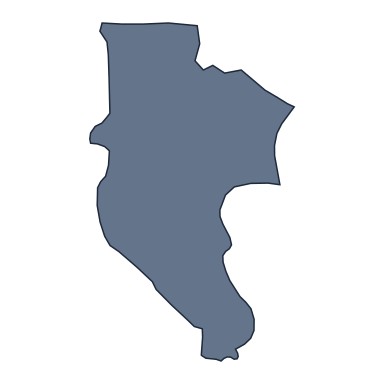 the state/province of Trebinje
{"feature_id": "BIH-4808", "entity_name": "Trebinje", "entity_type": "state/province", "adm_level": 1, "iso_a3": "BIH", "parent_name": "Bosnia and Herzegovina", "parent_adm1": "", "projection": "equal_earth", "projection_center": [18.312, 43.002], "detail": "fine", "context": "isolated", "style": "filled", "palette": "slate", "viewbox_px": 384, "rotation_deg": 0, "n_neighbors": 0, "source": "natural_earth", "source_scale": "10m", "svg_char_len": 1314}
<svg xmlns="http://www.w3.org/2000/svg" viewBox="0 0 384 384"><path d="M221.1,361.0L216.3,359.3L205.8,358.2L201.5,355.4L201.3,355.1L202.6,337.2L202.3,328.8L194.3,326.5L185.9,318.4L171.7,305.2L156.1,289.4L154.9,286.9L152.4,281.7L144.0,273.8L137.3,267.5L118.9,251.6L110.3,245.7L110.1,245.6L109.8,245.1L104.7,236.3L100.1,222.1L97.3,206.0L97.2,205.2L97.3,201.6L97.6,187.8L100.6,181.8L103.5,178.5L105.6,176.3L108.5,165.4L108.9,159.1L109.4,150.9L104.8,146.6L98.8,144.4L97.3,143.9L96.2,143.8L90.6,143.2L89.8,138.9L90.6,133.0L95.2,126.4L101.9,123.1L106.5,117.7L109.9,113.3L109.1,79.0L108.3,54.6L107.0,42.0L99.9,31.2L100.7,28.4L102.1,23.0L122.1,24.1L142.9,24.1L168.4,23.0L197.2,25.7L199.7,43.8L195.0,60.8L203.3,70.0L212.8,65.4L224.6,73.1L241.2,70.0L264.9,90.1L277.9,97.8L287.2,103.6L294.2,106.9L281.7,123.8L276.9,133.4L274.6,145.0L274.5,145.7L274.6,155.7L279.9,184.7L268.0,183.1L250.7,183.4L234.3,186.9L225.5,195.0L219.9,209.9L220.0,216.5L222.9,224.2L229.9,237.6L231.5,244.9L229.4,248.7L225.7,251.4L222.8,255.7L223.1,262.3L225.9,271.4L229.8,280.6L240.0,296.6L246.0,302.5L251.0,308.8L254.1,319.3L254.0,330.4L252.0,335.2L250.7,338.3L244.5,344.2L241.4,345.9L235.5,349.2L237.6,353.1L238.2,356.5L237.1,358.8L234.1,359.2L230.8,357.2L227.4,356.9L224.1,358.3L221.1,361.0Z" fill="#64748b" stroke="#1e293b" stroke-width="1.5"/></svg>